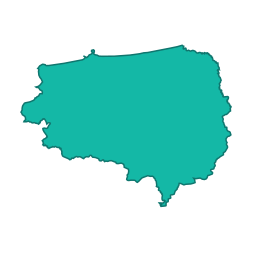 outline of Sichon, Nakhon Si Thammarat, Thailand, rotated 264°
{"feature_id": "78962969B22761856957978", "entity_name": "Sichon", "entity_type": "district", "adm_level": 2, "iso_a3": "THA", "parent_name": "Thailand", "parent_adm1": "Nakhon Si Thammarat", "projection": "natural_earth1", "projection_center": [99.813, 8.965], "detail": "fine", "context": "isolated", "style": "filled", "palette": "teal", "viewbox_px": 256, "rotation_deg": 264, "n_neighbors": 0, "source": "geoboundaries", "source_scale": "gbopen_adm2", "svg_char_len": 5836}
<svg xmlns="http://www.w3.org/2000/svg" viewBox="0 0 256 256"><g transform="rotate(264 128 128)"><path d="M103.4,85.5L103.5,86.1L104.7,87.3L104.7,88.2L104.4,88.7L102.7,89.7L102.1,92.4L100.5,95.6L98.7,96.1L98.3,96.7L98.1,98.0L98.9,99.5L98.9,100.1L98.5,100.5L97.5,100.8L97.0,101.2L97.4,102.5L96.9,104.4L97.4,106.3L97.2,108.3L95.7,111.1L95.3,112.3L94.0,112.7L93.6,114.3L93.8,117.5L93.4,118.4L92.3,119.9L90.6,120.2L89.4,120.1L87.0,124.1L85.1,124.2L82.5,123.5L81.3,122.2L79.7,122.4L77.8,121.5L76.9,121.3L76.3,121.8L75.9,122.4L75.7,123.4L75.8,125.5L75.4,128.8L75.0,129.7L73.5,130.8L73.0,131.6L73.8,133.0L76.7,136.4L77.1,137.3L78.5,142.7L77.6,145.1L77.5,147.3L76.5,148.4L75.5,148.7L75.0,149.5L73.2,149.8L72.2,150.5L67.9,150.6L67.0,150.1L66.3,150.9L65.9,152.1L65.0,152.5L64.0,152.0L62.9,151.9L61.7,153.6L61.3,153.8L60.7,153.6L60.5,154.0L60.0,154.0L59.3,154.9L58.6,154.7L57.6,155.2L54.8,154.5L53.0,154.5L52.2,155.1L52.4,156.4L51.5,157.3L49.6,155.0L49.8,154.4L50.2,151.2L49.7,151.5L49.3,152.7L48.5,153.5L48.2,153.2L48.0,152.1L46.6,152.6L46.6,156.9L46.8,157.7L49.8,158.1L50.2,158.8L50.6,160.2L53.2,160.7L53.7,162.7L54.0,163.2L56.2,163.1L56.7,163.3L57.0,163.9L57.0,165.5L57.4,167.0L60.3,168.3L62.1,170.5L63.0,170.6L63.8,171.5L64.7,171.7L65.3,172.4L67.6,173.1L67.3,174.8L66.1,176.7L65.6,177.7L66.0,179.7L65.8,184.6L66.2,187.1L66.7,189.0L69.9,188.8L71.1,188.1L70.5,190.2L70.7,193.8L70.5,194.9L69.4,196.4L68.8,198.6L69.2,200.4L70.2,201.4L72.4,202.4L72.6,204.0L73.4,206.9L73.9,207.3L75.0,207.4L76.4,205.9L77.5,205.8L77.9,206.0L78.1,206.6L78.3,208.7L78.5,209.1L80.2,209.7L81.3,210.8L84.0,210.3L84.4,210.5L85.2,211.7L86.7,212.0L87.4,213.2L88.2,213.5L88.7,215.0L89.9,216.8L91.4,220.1L93.4,220.3L94.4,222.2L98.1,224.9L99.5,225.0L101.1,224.2L102.0,224.3L103.3,225.0L103.9,224.6L105.2,224.2L107.1,224.4L108.8,225.9L109.2,226.6L109.4,228.1L110.4,229.6L113.1,229.1L113.8,228.5L114.2,227.3L116.0,226.1L116.7,226.0L117.3,226.3L118.3,226.3L118.6,225.7L118.5,224.7L118.8,224.4L120.4,224.4L121.6,223.8L122.9,223.8L124.5,223.0L125.2,223.0L126.2,223.5L127.3,223.6L129.2,222.9L130.1,223.7L130.5,224.9L131.0,225.6L131.2,226.3L131.1,226.9L131.7,228.3L133.9,230.8L134.2,231.7L135.5,231.8L136.3,231.5L137.0,232.0L137.4,232.0L138.0,232.6L138.5,232.7L139.1,232.3L139.0,231.8L139.4,231.5L140.9,231.5L141.7,230.8L142.0,230.8L142.1,230.2L143.1,229.9L143.4,229.5L144.4,229.8L144.6,229.2L145.7,229.6L146.5,230.8L148.1,231.1L148.5,230.9L148.9,230.2L148.9,226.6L149.2,225.8L149.6,225.7L150.1,226.1L150.5,225.9L151.1,225.9L151.3,225.4L151.7,225.3L152.0,225.5L152.2,225.0L152.9,225.4L153.6,224.2L154.6,224.9L154.9,224.7L154.7,224.2L155.0,224.1L155.4,225.0L155.9,224.9L155.9,223.9L157.1,223.3L157.4,222.9L157.9,223.4L158.6,223.0L158.7,223.3L159.5,223.2L160.7,223.9L162.3,223.4L163.0,223.8L163.5,224.6L165.1,225.1L165.7,225.6L168.7,224.9L169.4,224.1L170.1,223.8L171.0,223.9L171.6,223.5L172.4,223.8L172.8,223.3L173.1,224.2L173.7,224.1L174.2,223.6L174.7,223.7L174.9,223.5L175.6,223.6L176.1,223.0L176.5,223.3L176.4,224.8L176.7,224.6L178.1,225.0L180.2,224.1L183.2,224.2L183.2,223.0L183.5,223.0L183.5,222.6L184.7,222.4L184.6,221.7L185.6,221.2L186.1,220.5L186.4,219.6L188.5,219.4L189.3,218.8L189.6,219.1L190.2,218.2L190.8,218.4L191.9,216.8L192.1,216.9L192.6,216.1L193.0,216.3L193.6,215.8L193.7,215.0L193.9,215.4L194.5,214.7L194.3,213.4L194.9,212.0L194.0,211.6L194.4,211.3L194.8,210.1L194.1,209.9L194.0,209.3L194.3,208.9L195.1,208.7L195.3,208.4L195.7,206.7L195.2,205.5L195.6,204.1L197.3,202.8L198.2,201.2L198.4,200.3L197.9,198.1L199.0,196.4L198.7,195.0L198.9,194.2L199.3,194.0L200.8,194.0L201.3,193.8L201.5,193.1L200.7,191.8L200.9,191.3L201.5,191.2L203.5,192.0L204.1,190.8L204.6,190.5L203.7,185.5L203.0,178.5L201.0,155.6L201.1,151.4L200.6,147.3L200.3,137.4L200.8,122.4L202.0,109.8L202.5,106.6L203.7,104.9L204.2,103.0L205.1,101.8L206.3,101.8L206.7,102.2L208.0,102.6L208.7,102.5L209.4,101.7L209.0,99.9L208.1,99.7L207.4,100.0L207.0,100.6L205.9,100.1L205.2,98.9L204.7,97.0L203.3,95.8L203.0,95.1L202.8,95.1L202.3,94.3L204.4,91.2L202.9,93.0L201.6,92.0L200.6,90.0L199.0,71.3L198.4,55.8L198.6,53.2L199.2,52.4L199.6,52.3L200.2,50.4L200.3,49.6L199.0,46.7L196.6,44.5L196.4,45.1L195.6,45.5L193.7,44.9L189.9,44.9L187.5,45.7L185.8,46.8L182.7,47.8L180.0,45.1L179.0,43.5L178.6,42.4L178.4,40.7L177.9,41.3L177.6,43.0L176.9,43.6L175.1,44.5L174.0,46.3L172.5,46.6L171.1,46.2L171.3,44.8L171.1,43.7L169.2,42.5L168.4,40.5L167.6,39.8L167.6,38.7L166.4,38.2L165.4,37.1L164.2,33.0L163.8,28.8L163.5,27.6L161.5,25.9L160.7,25.4L158.8,24.8L156.7,24.5L155.6,23.6L154.7,23.3L154.1,23.8L152.3,24.3L150.3,26.7L149.2,27.0L147.0,27.1L146.0,25.6L145.1,25.1L144.8,27.5L145.2,29.9L144.3,30.8L144.2,31.9L143.3,32.9L143.0,33.9L143.2,35.2L143.0,35.9L142.5,36.4L142.5,37.0L142.2,37.5L141.7,39.0L141.2,39.5L142.5,41.2L142.8,41.2L143.0,40.8L143.3,41.4L143.8,41.5L144.0,41.8L144.4,41.9L144.5,42.9L145.1,43.7L145.7,44.0L145.6,44.8L146.0,45.2L145.8,45.8L145.0,46.3L142.9,47.2L140.4,47.7L141.5,49.1L141.4,50.4L140.9,51.2L140.1,50.9L139.0,49.6L136.3,47.9L136.1,46.7L136.7,44.6L136.4,43.3L135.1,43.3L133.0,44.1L128.8,46.5L127.9,46.7L127.8,46.4L127.4,46.5L127.1,45.8L126.6,45.4L126.0,44.3L125.8,43.3L124.3,41.4L123.0,42.2L122.0,42.0L121.3,42.2L120.9,42.8L120.9,43.2L120.7,41.9L120.2,41.5L119.7,42.2L119.2,42.4L119.1,44.3L119.3,44.4L118.9,44.6L118.7,45.3L118.1,45.5L118.1,45.9L117.4,45.7L116.7,46.2L116.5,47.0L116.0,47.3L116.7,48.4L116.5,48.8L116.9,49.6L116.9,50.5L117.4,51.1L116.7,52.6L117.2,53.4L117.2,54.0L116.1,55.6L115.9,57.4L115.6,57.5L115.7,57.8L115.2,57.9L115.0,58.7L114.6,58.5L114.4,58.9L114.2,58.6L113.9,59.2L113.2,59.2L111.7,59.8L111.3,59.6L110.0,59.7L109.4,59.4L107.1,60.0L106.4,60.7L103.5,65.9L102.6,66.6L102.7,67.9L103.9,69.0L103.5,70.7L104.2,71.4L105.0,73.5L104.9,74.3L104.3,75.1L104.6,76.2L104.4,77.5L102.2,80.5L102.2,80.8L103.1,81.6L103.7,83.1L103.8,83.8L103.4,85.5Z" fill="#14b8a6" stroke="#0f766e" stroke-width="1.5"/></g></svg>